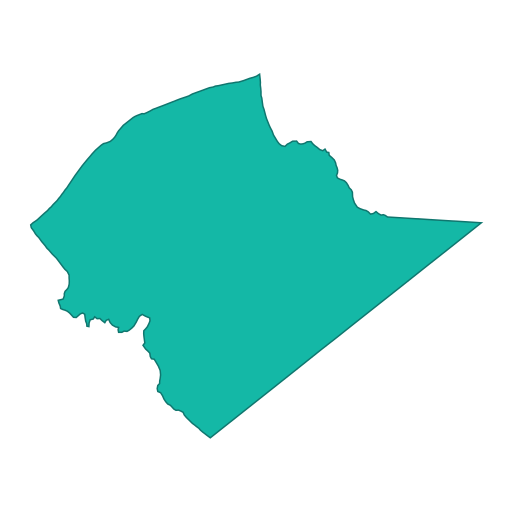 the district of Abaetetuba, Pará, Brazil
{"feature_id": "56859067B37467363108415", "entity_name": "Abaetetuba", "entity_type": "district", "adm_level": 2, "iso_a3": "BRA", "parent_name": "Brazil", "parent_adm1": "Pará", "projection": "natural_earth1", "projection_center": [-48.934, -1.739], "detail": "fine", "context": "isolated", "style": "filled", "palette": "teal", "viewbox_px": 512, "rotation_deg": 0, "n_neighbors": 0, "source": "geoboundaries", "source_scale": "gbopen_adm2", "svg_char_len": 3271}
<svg xmlns="http://www.w3.org/2000/svg" viewBox="0 0 512 512"><path d="M481.3,222.8L456.5,221.2L450.6,220.9L387.5,217.0L385.4,215.5L383.4,214.7L381.1,215.1L378.4,213.6L376.0,211.6L373.4,213.5L370.5,214.1L368.2,211.8L366.0,210.5L363.7,210.0L359.9,208.6L357.3,207.2L354.5,203.0L353.3,199.5L352.6,196.8L352.4,192.2L351.3,189.9L349.2,187.8L348.1,185.4L346.4,182.7L344.5,180.9L342.4,180.0L339.8,179.2L337.4,177.9L336.5,175.5L337.5,172.9L337.7,170.3L337.1,167.8L336.1,165.4L335.6,162.9L334.3,160.0L331.8,157.5L329.2,155.3L328.8,152.5L326.7,152.1L325.0,149.1L322.8,150.7L319.8,149.6L317.2,147.4L314.7,145.6L312.6,143.6L311.0,141.5L307.1,141.8L305.1,143.1L303.1,143.8L300.7,144.1L298.5,143.5L296.6,141.1L292.6,141.2L289.5,143.1L287.4,144.1L285.0,146.4L281.7,145.7L279.2,143.8L277.4,141.5L273.5,135.0L272.1,131.1L270.2,127.5L269.2,125.3L266.5,118.6L265.6,115.6L264.0,109.4L262.9,106.3L262.3,102.0L261.8,98.1L261.0,95.5L261.0,91.7L260.7,88.1L260.3,85.0L260.4,82.4L260.2,79.7L259.6,74.2L256.5,76.2L253.2,77.4L249.8,78.3L243.6,80.6L238.6,82.1L235.8,82.3L232.2,83.0L228.7,83.4L225.1,84.2L218.3,85.7L215.3,86.1L213.3,87.0L209.5,87.7L198.6,91.7L192.3,94.0L188.9,95.9L186.1,96.9L180.1,98.9L168.4,103.5L162.5,105.8L152.9,109.4L150.1,111.0L146.7,112.7L144.1,113.8L142.0,113.6L137.1,115.5L135.1,116.4L133.2,117.5L123.3,125.3L118.6,130.8L117.3,132.8L116.1,135.1L114.7,137.2L112.9,139.2L110.3,141.4L106.5,142.9L103.5,143.6L101.2,145.2L95.5,150.2L92.0,154.0L90.4,156.0L87.5,159.3L84.7,162.7L82.4,165.5L75.2,175.3L70.2,182.8L68.7,185.0L66.9,187.8L65.1,189.9L63.5,192.3L61.8,194.4L60.4,196.5L58.8,198.3L57.1,200.6L53.1,204.6L51.2,206.9L49.5,208.3L47.5,210.6L44.9,212.8L41.5,215.9L37.3,219.8L35.4,221.2L33.1,222.7L30.7,224.9L31.3,227.7L33.8,231.1L35.4,233.8L37.1,235.9L38.7,237.4L41.7,241.6L45.0,245.5L47.0,248.3L48.8,250.0L52.4,254.2L56.4,258.1L63.2,267.2L64.9,269.3L67.3,271.5L69.1,275.1L69.1,278.0L69.3,280.9L69.2,284.1L68.3,287.6L66.9,289.5L65.1,291.3L64.3,293.6L64.3,296.0L63.1,299.1L60.6,299.7L58.2,300.3L58.9,303.0L60.2,306.0L60.6,308.5L62.5,309.4L65.1,310.2L67.3,311.2L69.6,313.0L73.5,317.3L76.2,317.5L80.3,313.9L82.6,313.0L84.7,314.2L85.1,317.4L85.7,321.2L86.7,323.7L86.9,326.2L88.9,326.6L89.1,322.9L90.2,319.8L93.3,319.0L94.7,316.8L97.1,318.7L99.9,318.5L102.2,320.7L104.8,322.7L106.2,320.3L108.7,319.3L110.1,322.5L112.4,325.1L115.6,326.9L118.6,327.4L118.1,329.8L118.6,332.3L121.9,332.3L124.1,331.1L127.0,331.4L129.0,330.3L131.7,328.2L133.9,326.0L136.3,322.0L137.7,319.1L139.4,316.3L142.2,314.4L145.3,316.1L147.4,317.0L149.7,317.9L150.0,320.8L149.1,323.2L147.4,326.7L145.7,328.8L143.8,330.8L143.7,333.8L144.0,336.9L144.8,342.9L143.0,345.3L145.6,349.0L147.9,351.1L149.8,353.1L150.3,356.6L151.5,358.8L154.2,359.2L155.7,361.6L158.3,366.0L160.2,370.5L160.6,374.9L160.2,378.4L159.7,381.0L159.6,383.6L157.8,385.4L157.2,388.6L157.8,391.5L160.6,392.7L162.5,395.7L164.0,399.1L165.8,401.8L167.7,404.0L170.4,405.3L173.9,409.1L176.0,410.3L178.5,410.1L180.7,411.0L183.1,412.3L184.3,415.0L186.4,417.5L192.4,423.4L194.6,425.0L196.4,426.5L198.9,428.3L200.4,430.1L203.1,432.4L207.7,435.9L210.3,437.8L271.2,389.5L298.1,368.1L321.6,349.3L336.7,337.5L353.4,324.2L379.3,303.7L404.2,284.0L421.3,270.4L429.1,264.2L447.6,249.6L461.6,238.5L481.3,222.8Z" fill="#14b8a6" stroke="#0f766e" stroke-width="1.5"/></svg>